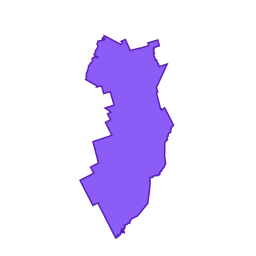 outline of Avellaneda, Santiago del Estero, Argentina, rotated 63°
{"feature_id": "61730980B47702997871145", "entity_name": "Avellaneda", "entity_type": "district", "adm_level": 2, "iso_a3": "ARG", "parent_name": "Argentina", "parent_adm1": "Santiago del Estero", "projection": "robinson", "projection_center": [-63.079, -28.545], "detail": "fine", "context": "isolated", "style": "filled", "palette": "violet", "viewbox_px": 256, "rotation_deg": 63, "n_neighbors": 0, "source": "geoboundaries", "source_scale": "gbopen_adm2", "svg_char_len": 5449}
<svg xmlns="http://www.w3.org/2000/svg" viewBox="0 0 256 256"><g transform="rotate(63 128 128)"><path d="M146.0,86.1L126.6,86.2L127.5,89.4L126.2,89.4L126.2,90.4L109.4,86.7L109.5,85.2L104.8,84.2L88.8,64.1L87.5,72.3L84.3,71.8L84.1,72.3L80.2,71.7L80.1,72.6L76.7,72.1L73.5,71.9L73.7,70.6L69.4,69.8L69.5,68.7L68.1,68.4L69.0,62.7L63.1,61.5L61.2,71.7L64.0,72.2L62.3,81.6L62.0,81.7L60.0,90.8L47.9,90.2L47.7,94.7L48.9,93.9L50.5,96.2L35.4,107.0L35.5,107.0L35.6,107.6L35.8,107.8L35.8,108.1L36.0,108.5L36.0,109.1L36.2,109.8L36.6,110.0L36.9,109.9L37.4,109.5L37.6,109.4L37.6,108.9L37.7,108.7L37.7,108.3L38.3,108.6L38.6,109.0L38.6,109.3L38.7,109.7L38.5,110.1L38.3,110.3L38.0,110.4L37.5,110.4L37.2,110.5L37.5,111.0L37.8,110.9L38.1,111.0L38.2,111.5L38.1,112.1L37.6,113.3L37.5,113.8L37.2,114.2L37.2,114.5L37.0,115.0L37.0,115.3L38.0,116.2L38.5,116.8L38.7,117.1L38.8,117.1L39.1,117.3L39.8,117.5L40.8,117.7L41.6,117.9L42.3,118.5L42.6,118.8L43.6,120.1L43.9,120.6L43.9,120.9L44.0,121.8L44.5,122.0L45.7,122.5L45.9,122.9L46.1,123.5L46.5,123.9L47.0,124.8L47.2,125.0L47.6,124.9L48.4,124.5L48.9,124.2L49.9,123.6L50.1,123.4L50.9,122.9L51.3,122.9L51.1,123.8L50.8,124.2L50.3,124.6L49.7,125.1L49.4,125.5L49.5,125.9L49.5,126.4L49.6,126.8L49.7,128.1L50.0,128.4L50.0,128.6L51.1,128.9L51.8,129.1L52.1,129.3L52.6,129.8L53.1,130.5L53.1,130.8L53.0,131.1L53.0,131.5L53.3,132.4L53.7,132.8L53.9,133.0L54.3,133.4L54.4,133.5L54.4,133.9L54.7,134.5L55.0,135.1L55.9,135.7L56.8,136.2L57.1,136.6L57.5,137.1L58.0,137.6L59.0,138.4L59.6,139.2L59.9,139.8L60.2,140.1L61.2,140.6L61.8,141.0L62.3,141.4L63.1,142.0L64.1,142.1L64.8,142.7L65.3,143.2L65.7,143.4L65.7,143.6L76.2,136.7L77.2,137.5L78.4,132.5L86.3,134.0L87.7,127.4L101.3,130.0L99.8,139.3L106.1,136.0L106.1,139.8L112.8,139.8L112.7,145.6L126.9,145.6L126.9,147.7L124.3,165.4L145.8,170.2L145.8,179.1L152.8,179.1L152.8,194.5L181.1,194.4L181.1,188.9L220.3,188.9L220.4,188.7L220.5,188.6L220.6,188.2L220.4,188.0L220.3,187.9L220.2,187.7L220.4,187.6L220.4,187.4L219.7,187.0L219.7,186.8L219.9,186.7L220.2,186.7L220.3,186.2L220.2,185.9L219.8,186.0L219.7,186.3L219.2,186.2L218.9,186.0L218.6,185.8L218.4,185.8L218.4,185.7L218.6,185.4L218.8,185.3L219.1,185.4L219.3,185.5L219.6,185.8L219.7,185.4L219.8,185.3L219.8,185.1L219.6,184.9L219.7,184.5L219.7,184.1L219.4,184.1L219.5,183.6L219.4,183.1L219.3,182.9L218.6,182.4L218.4,182.4L218.1,182.3L218.1,182.2L218.2,181.9L218.3,181.8L218.3,181.7L218.2,181.6L217.7,181.7L217.4,181.6L217.2,181.5L217.2,181.3L216.8,181.0L216.8,180.7L217.0,180.4L217.4,180.1L217.7,180.2L218.4,180.2L218.6,180.2L218.5,179.8L218.7,179.7L218.8,179.4L219.2,179.1L219.7,179.0L219.7,178.8L219.6,178.7L219.3,178.7L219.1,178.6L218.9,178.6L218.7,178.8L218.5,178.5L218.3,178.5L218.3,178.8L218.4,179.3L218.2,179.5L217.7,179.5L216.6,179.8L215.8,179.8L215.6,179.7L216.0,179.5L216.5,179.2L217.2,179.0L217.4,178.9L217.4,178.7L216.9,178.5L216.4,178.5L216.1,178.4L216.0,178.2L215.5,177.8L215.5,177.6L216.1,177.4L216.2,177.2L216.1,176.9L215.9,176.6L215.4,176.6L214.9,176.3L214.9,176.2L215.1,176.0L215.1,175.7L214.9,175.6L214.3,175.6L213.6,175.5L213.3,175.7L213.2,175.7L213.2,175.3L213.5,174.9L213.4,174.8L213.2,174.7L213.1,174.3L213.2,174.1L213.2,173.7L213.4,173.3L213.5,173.0L213.1,172.7L213.2,172.2L212.9,171.8L212.9,171.4L212.9,171.2L213.2,170.8L213.3,170.7L213.5,170.4L213.4,170.2L213.2,170.0L213.2,169.8L213.3,169.7L213.4,169.4L212.9,169.2L212.8,168.9L211.8,168.5L211.5,168.1L211.6,167.9L211.3,167.4L211.1,167.3L210.9,166.9L210.7,166.4L210.7,166.1L210.6,165.7L210.6,159.4L204.2,144.7L193.8,137.5L191.2,135.9L189.9,135.1L189.5,134.8L188.8,134.2L188.5,134.2L188.3,133.9L188.1,133.8L187.1,133.2L186.6,133.2L185.7,132.7L185.3,132.7L185.1,132.5L185.0,132.2L184.8,132.2L184.4,132.3L183.8,132.2L183.6,132.1L183.4,131.8L183.2,131.8L183.2,131.6L182.7,131.4L182.4,130.9L182.3,130.4L182.8,130.1L182.8,129.9L182.9,129.2L183.0,129.0L183.0,128.9L182.9,128.7L183.0,128.6L183.1,128.1L182.7,127.8L182.4,127.5L182.4,127.2L182.5,127.0L182.5,126.9L182.4,126.7L182.5,126.2L182.7,125.8L183.0,125.3L183.1,125.1L183.2,124.8L183.0,124.6L183.2,124.3L182.9,123.9L183.0,123.7L183.3,123.8L183.5,123.7L183.6,123.4L183.8,123.2L184.0,122.8L184.0,122.5L184.0,122.4L183.9,122.1L183.7,122.0L183.7,121.8L183.6,121.6L183.6,121.2L183.8,121.1L183.7,120.7L183.4,120.5L183.4,120.4L183.1,120.3L182.7,120.3L182.3,120.3L182.0,120.4L181.9,120.2L181.9,119.9L182.0,119.7L181.9,119.4L181.7,119.4L181.7,119.0L181.6,118.8L181.7,118.3L181.5,118.1L181.5,117.8L181.3,117.6L181.1,117.4L181.1,117.1L180.5,116.6L180.3,116.1L180.2,115.7L180.0,115.3L179.6,114.9L179.5,114.1L179.3,113.7L178.9,113.4L178.3,112.8L178.0,112.3L178.0,112.0L177.9,111.7L177.5,111.5L177.3,111.2L177.1,111.0L176.9,110.7L174.1,109.7L173.6,109.5L171.8,108.9L171.0,108.5L170.3,108.4L169.8,108.3L169.3,108.0L167.9,107.2L167.2,106.8L166.6,106.5L165.6,105.9L165.1,105.7L164.6,105.4L164.1,105.2L163.6,104.9L163.1,104.7L162.8,104.4L161.3,103.7L160.6,103.4L160.3,103.2L160.0,103.0L159.9,102.9L159.3,102.7L159.1,102.5L158.9,102.4L157.3,101.6L157.1,100.8L157.0,100.4L157.0,100.0L156.8,99.7L156.8,99.1L156.5,98.9L156.4,98.7L156.1,98.1L156.0,97.9L155.9,97.8L154.8,97.8L154.2,97.7L153.8,97.6L153.6,97.4L153.4,96.8L153.6,96.5L153.6,96.2L151.7,94.9L151.4,94.5L151.3,94.1L151.1,94.0L151.2,93.6L151.3,93.3L151.3,92.9L151.3,92.5L151.0,91.9L150.7,91.6L149.8,91.2L149.2,90.9L148.7,90.5L148.4,90.0L148.0,89.7L147.5,89.4L147.1,88.8L147.0,88.6L146.8,88.2L146.8,87.4L146.7,87.1L146.4,86.6L146.0,86.1Z" fill="#8b5cf6" stroke="#5b21b6" stroke-width="1.5"/></g></svg>